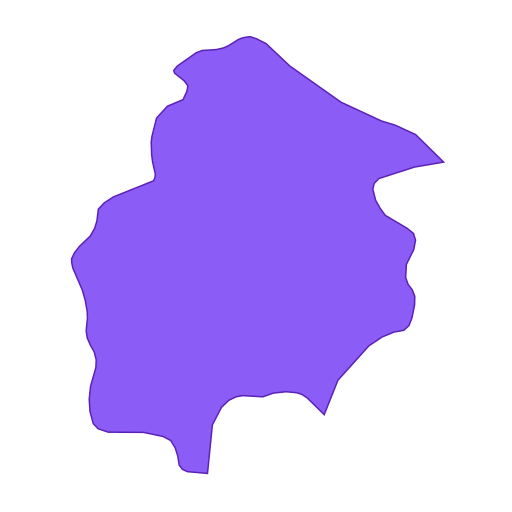 map outline of Harare (Albers equal-area conic projection), rotated 182°
{"feature_id": "ZWE-525", "entity_name": "Harare", "entity_type": "City", "adm_level": 1, "iso_a3": "ZWE", "parent_name": "Zimbabwe", "parent_adm1": "", "projection": "albers", "projection_center": [31.074, -17.86], "detail": "fine", "context": "isolated", "style": "filled", "palette": "violet", "viewbox_px": 512, "rotation_deg": 182, "n_neighbors": 0, "source": "natural_earth", "source_scale": "10m", "svg_char_len": 1420}
<svg xmlns="http://www.w3.org/2000/svg" viewBox="0 0 512 512"><g transform="rotate(182 256 256)"><path d="M264.2,116.0L271.0,114.6L278.2,110.8L285.2,103.6L293.7,85.7L296.9,37.0L317.1,38.1L322.1,40.2L325.4,44.2L327.2,53.3L330.1,61.5L334.8,68.6L342.6,72.4L362.3,75.8L397.5,74.8L407.7,77.8L412.8,82.8L416.5,94.9L417.7,107.1L416.8,120.0L412.1,139.1L412.1,146.8L414.3,154.4L418.6,161.5L421.8,168.2L423.1,175.3L422.3,188.1L422.8,194.8L425.2,206.1L428.4,215.9L438.6,237.5L439.9,242.7L440.2,246.7L437.7,252.6L432.7,259.6L422.4,270.1L418.2,278.1L416.2,285.6L415.2,297.3L409.5,303.8L400.4,310.2L361.0,327.6L359.7,331.0L359.5,334.5L362.7,346.8L363.8,353.5L364.7,366.1L364.2,371.7L360.2,390.4L349.7,402.7L334.4,409.7L330.8,418.2L330.0,423.7L333.8,428.5L343.7,435.9L344.7,438.5L341.3,443.1L322.8,457.1L317.0,459.5L303.0,460.9L296.0,462.7L290.5,465.4L281.6,471.5L277.7,473.3L273.9,474.3L269.6,475.0L263.0,473.1L253.2,468.5L228.9,447.1L176.3,412.6L135.3,395.3L121.5,391.6L100.7,382.9L71.8,356.4L100.8,350.4L135.7,337.8L140.4,332.7L141.6,327.0L138.4,315.9L133.7,308.1L128.2,301.1L105.7,288.8L99.4,284.0L97.1,277.4L98.6,267.8L105.4,252.9L105.7,239.7L102.9,232.7L98.7,227.7L95.9,221.2L95.8,212.6L98.0,199.5L100.7,191.8L105.7,186.9L115.5,184.8L127.1,179.5L140.0,170.2L169.8,134.7L182.3,99.8L199.8,115.9L205.3,119.3L210.7,120.8L221.2,121.4L233.8,119.6L244.3,115.5L264.2,116.0Z" fill="#8b5cf6" stroke="#5b21b6" stroke-width="1.5"/></g></svg>